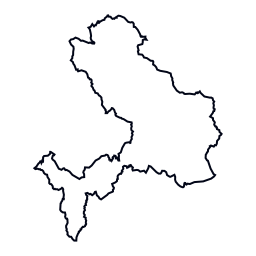 Mueang Kanchanaburi, Kanchanaburi, Thailand
{"feature_id": "78962969B12534371599047", "entity_name": "Mueang Kanchanaburi", "entity_type": "district", "adm_level": 2, "iso_a3": "THA", "parent_name": "Thailand", "parent_adm1": "Kanchanaburi", "projection": "natural_earth1", "projection_center": [99.271, 14.051], "detail": "fine", "context": "isolated", "style": "outline", "palette": "ink", "viewbox_px": 256, "rotation_deg": 0, "n_neighbors": 0, "source": "geoboundaries", "source_scale": "gbopen_adm2", "svg_char_len": 5758}
<svg xmlns="http://www.w3.org/2000/svg" viewBox="0 0 256 256"><path d="M145.4,36.6L142.8,36.8L142.1,36.4L141.9,36.8L141.0,36.8L140.5,36.1L140.2,34.5L137.7,29.8L135.3,27.0L133.8,26.9L133.7,23.7L132.9,22.5L131.9,22.1L130.5,22.5L128.2,21.9L124.3,17.7L120.3,16.0L118.4,15.7L116.6,16.9L116.6,17.7L115.6,17.5L114.4,18.7L114.0,18.4L112.6,18.9L111.7,18.3L110.6,16.8L108.6,16.6L108.2,15.4L107.5,15.5L107.1,16.4L104.8,18.3L104.4,19.8L102.6,20.2L100.2,21.6L98.8,21.3L99.3,22.5L99.0,22.9L98.0,22.9L97.3,22.3L95.9,25.2L95.3,25.0L94.0,26.4L92.3,24.1L90.6,26.9L88.5,27.6L89.8,29.3L90.7,33.3L91.1,36.0L90.7,37.7L90.9,39.2L92.1,41.2L94.1,42.3L94.4,42.9L94.1,43.6L92.2,43.5L90.1,42.5L88.7,43.0L82.7,40.6L81.0,40.8L78.6,38.8L75.5,37.6L73.2,39.1L71.0,39.5L69.5,41.2L71.1,44.6L73.4,46.7L73.7,48.8L73.2,51.6L73.1,55.1L72.3,56.3L72.3,58.2L70.8,60.3L73.0,62.2L73.3,63.7L74.5,65.3L76.1,69.7L77.7,69.4L77.7,70.7L78.1,71.3L81.5,70.3L85.7,71.8L87.3,74.2L88.1,77.6L89.2,78.1L89.7,79.3L90.8,79.2L91.6,80.1L91.6,81.9L91.2,82.6L92.5,84.0L91.6,85.1L91.4,86.0L92.8,87.6L93.6,89.9L94.5,90.5L95.3,92.8L97.7,93.4L99.0,95.5L99.9,95.9L101.4,97.5L101.5,99.4L102.3,101.7L101.9,104.9L105.6,109.8L105.4,110.3L106.0,111.3L105.7,113.1L107.2,113.1L108.6,111.3L109.7,110.8L111.5,108.9L111.8,108.1L112.6,108.2L114.2,109.9L115.1,112.8L116.0,113.6L115.4,114.8L116.1,115.9L119.8,117.7L121.3,117.9L121.7,118.6L123.6,119.1L127.5,121.6L131.6,122.4L131.8,123.8L131.1,124.7L131.8,126.2L131.2,128.1L131.3,129.6L131.6,130.4L133.0,131.5L131.9,133.2L132.6,134.8L131.5,137.1L131.8,139.0L130.7,140.6L130.4,142.9L130.1,143.0L129.5,142.2L126.2,142.7L124.9,143.3L122.3,147.8L120.8,152.4L118.5,153.9L119.0,155.6L118.8,157.9L119.2,160.5L118.4,160.5L118.1,160.0L118.4,159.8L117.1,157.9L116.8,158.4L116.0,158.4L116.3,157.3L115.7,157.3L115.5,155.9L114.7,155.6L114.2,155.6L114.2,156.2L112.8,157.1L112.6,157.7L113.0,158.4L111.8,160.5L111.7,160.2L110.5,160.6L110.4,159.7L109.3,159.7L109.1,157.8L108.3,156.9L108.3,156.0L107.5,155.0L106.1,154.7L104.9,155.6L101.4,156.2L99.2,158.6L95.6,160.5L91.7,165.5L89.1,167.6L85.0,167.4L84.7,169.7L83.6,171.1L83.3,172.5L84.1,174.1L84.2,177.1L81.6,177.4L79.4,179.0L72.4,174.9L69.6,171.6L66.6,169.9L65.4,170.1L64.2,168.3L63.4,168.3L61.5,169.8L58.8,168.7L54.7,161.2L52.6,159.5L52.0,158.4L52.8,155.7L54.0,155.3L54.5,154.5L50.7,151.9L50.2,151.9L50.1,153.7L47.9,155.7L44.1,156.0L43.1,157.2L43.1,159.0L42.6,159.5L43.1,160.5L43.0,161.8L42.0,161.9L41.5,162.9L41.1,161.2L40.2,161.4L39.7,162.5L38.4,163.6L36.4,166.6L34.4,168.2L35.4,169.1L37.6,168.7L39.2,169.4L40.0,169.1L40.9,170.0L42.0,170.0L43.3,171.2L43.9,172.9L45.4,174.3L47.1,174.7L47.5,177.0L49.3,179.7L49.2,183.1L50.0,184.0L51.3,184.2L52.7,186.2L52.9,188.2L54.1,189.2L54.9,188.8L55.7,189.3L57.2,189.2L58.5,190.0L61.0,188.8L62.0,187.8L62.7,188.3L63.2,189.3L63.1,190.9L63.9,194.8L63.5,197.6L63.9,198.8L63.8,199.2L62.7,199.0L62.2,200.9L61.5,201.6L61.1,203.0L60.6,203.4L60.2,209.8L61.2,211.3L62.8,212.4L65.0,212.5L65.5,214.9L65.1,216.6L65.6,218.0L66.4,218.8L67.1,218.7L67.4,219.4L67.6,222.9L66.1,225.9L66.2,227.8L66.8,229.1L66.4,230.4L67.5,232.1L67.6,233.1L67.4,234.5L69.4,236.7L71.2,236.8L72.6,239.1L74.2,240.6L76.3,240.6L76.5,237.3L78.1,233.4L78.9,232.5L78.8,231.6L80.3,230.6L80.8,229.8L80.6,229.4L81.3,229.2L81.5,228.2L82.8,226.8L83.4,227.0L85.0,226.2L85.2,225.2L85.9,224.8L86.2,223.9L85.8,223.1L85.9,221.7L86.2,220.6L85.6,219.2L85.7,217.7L84.0,216.8L84.8,215.0L83.8,213.6L83.9,211.6L85.0,210.1L84.3,208.3L84.8,207.7L84.3,206.5L84.9,205.5L86.0,205.0L85.6,203.4L86.4,202.4L86.1,201.0L86.8,200.6L86.7,199.7L87.3,199.0L87.0,198.1L87.4,196.0L86.4,195.2L85.7,193.4L87.4,192.9L89.7,194.3L90.6,193.9L92.2,195.2L93.8,194.0L95.0,191.9L95.8,191.7L96.9,195.4L98.5,196.7L99.4,198.4L101.1,199.4L107.2,194.9L108.5,193.4L112.7,191.7L113.0,191.4L112.9,189.8L113.7,188.9L113.9,187.7L112.9,186.3L112.1,183.9L115.2,182.5L116.9,181.2L117.1,179.4L117.5,178.4L117.8,178.5L117.6,176.4L117.9,175.6L118.9,174.5L119.8,173.9L120.9,173.9L120.9,173.4L121.5,173.2L121.7,172.0L122.4,171.6L121.9,170.7L123.3,168.8L123.0,166.8L124.3,165.8L126.6,166.3L127.1,167.8L128.4,167.2L128.6,166.5L129.4,166.5L129.3,165.5L130.5,165.0L131.1,165.3L131.4,166.3L132.9,167.5L132.3,169.1L132.8,170.5L136.9,169.9L138.4,170.2L140.2,171.6L144.0,170.7L145.9,172.7L148.2,168.4L148.9,165.9L150.7,166.5L156.5,172.2L158.7,173.6L160.5,173.6L161.3,172.7L162.1,170.8L164.5,170.9L166.2,172.2L167.1,175.1L169.7,176.7L170.4,176.8L174.4,174.8L175.2,176.9L175.1,179.7L175.7,181.7L178.2,184.7L180.4,186.4L182.4,187.2L183.2,187.2L183.9,186.6L184.4,183.2L184.8,182.9L185.3,183.0L185.6,184.2L186.5,184.6L187.4,183.7L189.9,184.0L194.4,182.1L203.2,181.4L211.2,178.6L214.1,176.4L215.1,175.0L213.6,174.1L210.6,168.6L207.9,160.7L207.1,160.4L205.6,158.0L205.8,154.6L206.7,153.4L206.9,152.5L207.9,151.6L208.1,149.5L210.3,146.7L209.9,146.1L210.9,145.5L213.8,146.6L214.8,145.1L216.0,145.3L216.8,143.7L217.1,140.9L219.2,138.6L219.4,136.0L221.1,134.8L221.6,133.9L219.5,131.9L219.3,130.1L217.0,129.1L216.9,127.5L216.4,127.5L216.1,126.5L215.3,126.4L214.2,124.6L214.8,122.3L213.0,119.9L213.0,118.2L210.1,116.6L212.9,112.8L213.3,111.3L214.2,111.1L214.7,109.2L213.7,108.7L213.5,107.5L213.9,105.2L213.3,103.2L214.2,101.6L213.1,100.4L212.6,98.3L211.0,97.5L210.1,97.7L204.4,96.5L200.5,92.8L199.8,91.4L198.1,92.9L197.5,92.5L197.1,93.1L196.2,92.6L194.7,94.4L189.7,93.7L185.1,94.0L184.2,93.8L183.6,92.9L182.1,92.3L179.8,92.7L176.8,90.6L173.3,85.5L172.9,83.0L173.2,82.5L172.2,79.9L172.4,78.4L171.2,76.3L170.7,73.5L166.9,72.0L160.2,70.8L157.2,69.6L156.2,67.2L154.7,65.5L153.1,64.5L153.3,61.7L152.8,60.9L150.6,60.7L146.9,58.1L144.0,57.5L143.1,55.7L142.0,54.6L138.6,54.3L137.9,51.2L138.6,50.4L137.6,46.5L138.2,45.2L142.3,44.1L142.7,42.6L142.8,40.0L144.1,39.4L146.5,39.7L145.3,37.8L145.4,36.6Z" fill="none" stroke="#020617" stroke-width="2"/></svg>